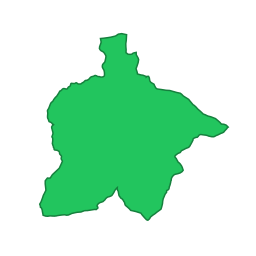 Goenshari, Punakha, Bhutan, rotated 171°
{"feature_id": "84629894B19712913086843", "entity_name": "Goenshari", "entity_type": "district", "adm_level": 2, "iso_a3": "BTN", "parent_name": "Bhutan", "parent_adm1": "Punakha", "projection": "orthographic", "projection_center": [89.771, 27.719], "detail": "fine", "context": "isolated", "style": "filled", "palette": "green", "viewbox_px": 256, "rotation_deg": 171, "n_neighbors": 0, "source": "geoboundaries", "source_scale": "gbopen_adm2", "svg_char_len": 5527}
<svg xmlns="http://www.w3.org/2000/svg" viewBox="0 0 256 256"><g transform="rotate(171 128 128)"><path d="M215.4,91.2L216.4,90.3L218.0,88.8L218.5,85.8L218.8,79.4L220.8,76.5L222.1,74.8L222.8,73.4L224.3,70.6L225.4,68.7L227.1,66.6L226.8,64.7L226.9,63.4L226.2,62.9L225.6,60.8L225.6,58.6L225.5,56.5L225.5,55.1L223.2,53.9L221.2,53.4L218.6,53.4L217.0,53.0L214.5,52.5L212.6,52.4L211.5,52.5L208.9,52.5L206.3,52.4L204.1,52.2L202.3,51.5L200.5,51.4L196.8,52.4L193.8,52.6L191.3,52.7L187.6,52.4L184.2,53.1L183.3,53.1L181.2,52.8L178.2,52.8L175.5,52.8L173.6,52.8L172.2,52.4L170.8,53.3L170.3,53.6L170.2,54.2L170.3,54.9L170.7,55.4L170.8,55.9L170.3,56.8L168.9,58.1L168.0,58.4L167.4,58.7L166.1,58.9L164.3,59.2L163.4,59.8L162.3,60.5L161.9,60.8L161.5,61.3L161.1,61.7L159.9,62.5L158.8,63.0L157.4,63.1L156.3,63.3L155.2,63.6L154.5,63.9L153.4,65.0L152.7,65.8L152.1,66.5L151.5,67.3L151.0,68.1L150.3,68.9L149.2,69.8L148.9,70.2L147.9,70.8L148.2,69.5L148.0,68.1L147.5,66.9L147.6,65.4L147.5,64.8L147.5,63.6L147.4,62.5L146.9,61.6L146.1,59.9L145.6,59.5L145.0,59.0L144.2,57.7L143.7,56.4L143.1,55.1L143.0,53.9L142.9,53.1L142.9,52.6L142.3,51.6L140.9,50.0L139.3,48.0L138.2,46.2L136.1,45.4L133.2,44.2L131.2,43.2L128.6,41.9L127.6,39.9L125.8,37.0L124.1,34.5L122.8,33.8L121.0,34.9L119.5,36.7L117.0,38.1L114.6,39.2L112.6,40.4L110.6,41.4L108.1,42.7L107.1,44.7L105.8,47.8L105.1,50.5L104.3,52.6L102.8,55.0L101.8,56.7L100.8,57.7L100.0,58.4L99.6,60.2L98.9,60.4L97.9,60.7L97.2,61.3L96.8,62.2L96.4,63.5L95.8,64.4L94.8,66.6L94.4,67.6L94.1,68.6L93.5,69.6L93.1,71.2L92.2,72.6L90.8,73.9L90.1,74.4L88.7,74.9L87.1,75.0L85.6,75.1L84.8,75.3L83.7,75.4L81.3,76.5L80.1,77.7L80.2,78.2L80.4,79.3L80.5,80.2L80.7,81.0L81.0,82.1L81.4,82.9L81.6,83.4L81.9,84.0L82.3,84.7L82.8,85.4L83.2,85.8L83.8,86.4L84.0,87.0L84.2,87.6L84.5,88.3L84.8,89.2L85.1,90.2L86.1,91.9L86.1,92.8L85.4,93.6L84.3,94.1L83.7,94.5L83.0,94.9L82.1,95.2L81.2,95.4L80.4,95.6L79.9,96.0L79.2,96.8L78.7,97.2L78.0,97.5L77.2,97.7L76.3,98.0L75.2,98.4L73.8,98.8L73.2,99.0L72.2,99.1L71.0,99.5L70.5,99.8L70.1,100.3L69.5,100.7L69.0,101.6L68.4,102.2L67.7,103.2L67.3,103.6L66.8,104.4L66.1,105.3L65.8,105.7L65.6,106.5L65.3,107.1L64.2,107.7L63.6,107.9L63.1,107.9L62.5,108.1L61.9,108.1L61.4,108.0L60.9,108.1L60.5,108.4L59.9,108.8L59.4,109.4L58.6,110.0L57.7,110.2L56.8,110.1L55.5,109.7L54.9,109.5L53.8,109.2L52.9,108.9L52.2,108.8L51.4,108.4L50.5,108.0L49.8,107.5L48.0,106.8L46.7,106.3L46.0,106.2L45.4,106.0L44.3,106.0L43.6,106.2L42.0,106.8L40.9,107.0L39.7,107.3L38.3,107.8L37.7,107.9L37.2,108.2L36.2,108.3L35.3,108.5L34.5,108.8L33.9,109.1L33.4,109.6L32.5,110.4L31.7,111.0L30.9,111.6L30.4,112.0L30.1,112.5L29.5,112.9L28.9,113.2L30.6,115.5L32.7,116.7L35.2,117.3L36.2,119.0L37.5,120.6L40.1,123.6L44.4,126.1L47.4,127.4L49.8,129.1L51.5,130.0L53.9,133.2L56.2,135.9L57.5,138.0L59.1,140.0L60.1,140.8L61.7,143.5L62.9,145.5L63.6,146.8L66.6,149.4L68.4,151.0L69.8,153.0L71.0,154.2L74.2,155.4L80.9,158.5L84.5,159.3L89.1,160.8L93.1,162.0L94.3,163.2L95.1,165.5L95.5,167.2L98.3,169.5L99.1,171.2L99.1,174.1L99.6,175.8L101.2,176.0L102.1,175.4L102.1,176.1L105.0,177.8L107.0,178.4L110.2,179.9L110.2,181.6L110.8,185.3L109.5,187.6L107.8,190.9L106.8,193.9L107.1,195.6L108.4,199.1L108.1,201.4L110.1,201.3L111.6,201.0L112.5,200.4L113.1,200.3L114.5,200.4L115.8,200.7L116.7,201.0L117.3,201.8L118.2,202.7L117.6,205.7L117.4,208.5L117.0,211.6L116.0,214.9L115.4,217.7L114.8,220.4L119.5,222.2L122.9,222.2L125.9,220.8L130.8,220.4L134.3,220.4L138.2,220.5L141.2,220.7L141.2,220.2L141.1,218.5L141.1,217.0L141.7,215.7L142.4,214.4L143.3,212.8L143.8,210.9L143.3,209.6L142.4,208.4L141.5,207.8L140.2,206.7L139.4,205.1L138.6,203.0L138.6,202.0L139.0,200.7L139.5,199.4L140.2,197.6L140.6,196.8L141.7,195.9L143.1,194.7L143.7,193.2L143.8,192.0L143.4,190.7L142.6,188.5L142.6,186.4L142.8,184.8L143.1,183.4L143.4,183.0L144.2,182.6L145.0,182.4L146.0,182.4L147.0,182.6L147.8,183.0L148.4,183.3L149.2,183.4L149.8,183.6L150.4,184.0L151.0,184.5L152.0,185.0L152.7,185.0L154.0,184.5L155.6,184.4L156.5,184.2L157.2,183.9L158.8,182.5L159.3,182.2L159.8,182.0L160.9,181.5L161.5,181.6L162.7,181.6L163.1,181.4L165.0,180.0L165.9,179.9L166.4,179.6L167.7,178.9L168.5,179.0L169.5,179.1L170.4,179.3L171.0,180.0L172.1,180.8L172.6,180.7L173.3,180.4L174.0,180.3L174.6,180.4L175.3,180.6L176.2,180.8L177.0,181.0L177.5,180.7L177.9,179.9L178.3,178.9L178.9,178.3L180.4,177.8L181.7,176.4L182.2,176.1L182.7,176.1L183.6,176.4L184.2,176.7L184.8,176.9L185.3,177.0L185.9,177.0L186.8,176.6L187.5,176.0L188.8,175.2L189.4,175.2L189.7,174.9L190.3,174.2L190.7,173.6L193.4,170.6L195.2,169.4L195.5,169.0L196.3,168.3L196.9,167.7L197.7,166.6L198.5,165.9L199.6,165.3L200.1,164.9L200.8,164.0L201.9,162.1L202.4,161.2L203.3,159.7L204.7,158.1L204.9,157.4L204.9,155.3L205.2,154.0L205.3,153.5L205.6,152.4L205.8,151.0L205.8,150.3L205.5,149.5L205.3,148.7L205.2,147.8L205.1,147.2L204.8,146.5L203.6,145.9L202.8,145.2L202.3,144.5L202.0,143.8L201.4,143.4L201.0,142.9L201.6,142.6L202.1,142.5L202.6,141.8L203.3,140.9L203.3,139.6L203.1,138.0L203.1,137.2L202.9,136.1L202.9,134.8L203.0,134.2L203.4,133.3L204.5,131.3L204.4,130.7L204.0,129.9L204.1,128.7L204.3,127.5L204.5,126.6L204.8,125.8L204.9,125.1L205.2,124.3L205.0,123.7L204.9,122.6L204.6,121.7L204.7,120.8L204.4,120.0L204.2,119.3L204.3,118.3L203.9,117.8L203.3,117.6L202.5,117.4L201.4,117.0L200.7,116.5L200.3,116.1L199.7,115.6L199.5,114.8L199.6,113.9L199.4,112.7L198.4,111.3L198.1,110.5L198.2,109.9L198.6,108.9L198.8,108.1L198.7,107.5L198.3,106.5L198.1,106.1L198.0,105.4L199.9,102.4L202.2,99.0L210.0,93.7L212.6,90.8L214.0,90.8L215.4,91.2Z" fill="#22c55e" stroke="#15803d" stroke-width="1.5"/></g></svg>